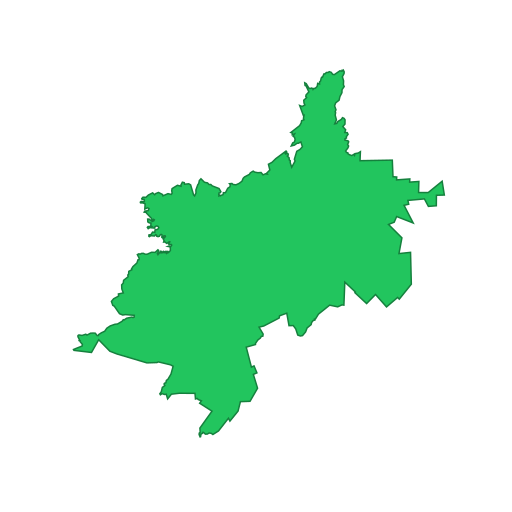 Carichí, Chihuahua, Mexico, rotated 79°
{"feature_id": "50627088B74180919977199", "entity_name": "Carichí", "entity_type": "district", "adm_level": 2, "iso_a3": "MEX", "parent_name": "Mexico", "parent_adm1": "Chihuahua", "projection": "robinson", "projection_center": [-107.184, 27.8], "detail": "fine", "context": "isolated", "style": "filled", "palette": "green", "viewbox_px": 512, "rotation_deg": 79, "n_neighbors": 0, "source": "geoboundaries", "source_scale": "gbopen_adm2", "svg_char_len": 6129}
<svg xmlns="http://www.w3.org/2000/svg" viewBox="0 0 512 512"><g transform="rotate(79 256 256)"><path d="M175.6,350.0L177.4,352.8L176.7,355.7L177.8,357.2L178.5,357.1L179.1,354.9L181.3,355.2L180.5,358.3L181.1,359.3L181.8,359.2L182.4,356.7L183.7,354.9L188.7,356.2L188.0,353.3L189.0,352.0L190.9,353.2L190.7,356.6L191.6,357.4L192.3,355.3L193.1,355.3L199.0,351.5L201.0,351.1L200.4,349.7L201.0,348.9L201.9,349.5L202.3,351.2L199.3,354.0L199.1,355.3L201.9,355.7L203.1,354.5L203.7,352.8L206.2,353.5L206.9,352.8L206.5,356.4L207.2,357.2L208.6,356.6L207.9,354.8L209.3,350.1L208.0,349.7L207.5,347.8L208.3,346.4L209.7,346.0L211.1,347.5L211.1,350.1L213.4,350.8L212.8,353.0L214.9,354.9L214.9,357.1L216.3,357.4L216.7,356.9L216.0,355.4L217.0,351.8L215.8,350.3L216.5,349.6L217.6,349.7L218.3,348.5L218.2,347.1L216.8,345.8L216.8,344.7L217.5,344.2L219.7,344.9L220.5,344.2L218.6,342.6L218.8,341.4L219.6,341.2L221.7,343.8L223.5,343.3L224.7,344.0L224.8,342.8L226.6,341.2L225.4,338.4L225.7,337.9L227.5,339.5L228.0,339.2L228.6,336.8L229.3,336.7L230.4,337.8L229.6,339.5L229.8,340.6L230.4,339.0L231.3,338.5L234.3,339.0L235.8,341.1L234.7,341.6L234.4,343.2L236.1,342.5L236.5,343.3L234.3,344.3L234.4,344.9L235.3,344.9L235.0,346.0L234.0,346.0L234.9,347.5L233.6,347.6L233.0,349.1L233.8,349.6L234.9,348.4L234.3,349.9L236.0,352.0L234.8,352.4L233.6,351.3L231.7,350.7L231.2,351.1L233.2,354.3L232.4,357.8L233.5,362.6L233.0,364.7L231.9,366.0L231.6,368.0L232.1,369.2L231.5,370.6L232.0,372.2L235.9,371.1L237.3,371.6L237.2,372.6L240.1,374.2L242.9,378.8L245.0,380.7L245.8,380.5L246.8,383.8L249.7,384.6L250.2,385.5L251.9,385.4L254.6,390.6L257.3,391.5L258.7,393.4L262.7,394.0L266.9,393.3L267.0,398.3L269.1,398.5L270.8,403.9L273.0,406.6L277.1,406.0L278.2,404.7L286.6,401.0L288.5,398.1L288.6,395.4L291.0,386.8L292.9,387.4L293.0,388.6L292.3,389.4L292.4,394.9L293.6,397.6L293.2,398.4L294.5,399.8L296.3,404.9L296.1,407.6L296.8,412.4L298.4,416.2L301.0,418.9L301.9,422.5L303.1,425.4L304.0,425.9L303.8,427.1L301.1,428.5L300.6,430.4L300.2,433.1L301.4,437.0L300.3,438.0L300.8,441.9L299.7,444.9L300.1,445.9L301.3,446.2L304.3,445.3L305.2,445.8L305.6,444.8L306.5,445.0L309.6,443.3L311.2,443.9L312.9,453.0L313.9,452.7L319.3,435.9L308.2,426.4L321.6,417.6L325.7,411.1L340.1,383.5L341.7,373.5L341.3,372.1L346.5,360.7L348.4,358.4L355.7,362.0L360.2,366.0L361.0,367.7L363.3,368.7L363.4,370.0L364.1,370.7L365.8,370.2L367.1,373.0L371.2,374.9L372.9,376.7L374.0,376.3L373.2,374.5L374.5,372.1L374.5,370.5L379.4,370.0L375.5,365.4L376.1,357.3L379.2,342.1L384.8,342.7L384.6,340.9L385.9,340.1L387.7,337.2L389.8,339.4L399.9,328.8L414.2,343.9L418.3,344.4L419.1,345.6L419.8,345.3L420.4,345.9L422.9,345.4L422.8,344.9L420.4,344.0L419.8,342.3L419.0,342.0L419.1,341.2L421.2,339.7L421.5,337.7L420.8,335.8L421.5,333.8L423.0,332.4L420.6,326.2L410.0,314.0L413.1,313.1L404.8,303.2L396.0,299.1L397.5,289.6L386.1,279.7L371.7,281.2L370.9,277.4L363.5,278.9L364.2,281.7L343.6,283.0L342.8,273.4L341.7,273.2L338.8,270.2L337.4,267.4L335.9,266.1L336.0,264.6L334.0,263.9L326.4,266.6L326.2,261.7L321.3,245.1L319.2,244.3L318.0,236.7L330.7,236.9L331.4,232.7L335.2,230.9L341.6,230.1L343.0,227.7L343.0,225.5L340.0,221.8L336.4,219.6L333.9,215.0L331.9,214.1L330.2,212.1L330.1,210.5L329.1,210.6L329.2,209.7L325.0,205.8L318.3,193.1L321.5,185.5L320.4,181.0L321.0,179.1L298.6,173.8L310.3,165.3L310.9,165.9L323.8,156.5L316.6,146.0L330.9,137.6L323.7,124.9L325.7,123.6L313.3,108.9L281.9,103.6L280.9,115.2L266.0,109.3L250.3,119.9L249.2,113.9L244.1,110.4L253.6,95.4L234.5,101.0L234.3,96.2L230.4,96.3L232.1,79.8L240.2,77.3L241.1,69.4L230.8,67.3L232.1,59.5L218.1,59.0L226.6,74.9L224.7,84.3L213.9,81.9L212.8,91.1L209.7,90.3L208.1,103.5L205.3,102.8L204.3,106.4L187.9,103.9L182.3,135.7L173.5,133.6L174.4,135.9L174.4,139.4L176.0,140.1L174.9,140.6L175.7,142.8L174.3,145.1L173.2,146.2L172.3,146.1L171.6,147.4L170.0,148.0L167.5,145.2L165.7,144.1L164.0,144.8L161.6,143.2L160.5,143.7L159.2,146.6L158.0,146.4L157.4,144.7L156.2,144.6L154.1,142.4L152.3,142.9L151.7,145.3L149.2,143.9L145.5,146.1L143.5,143.5L139.3,142.6L137.7,143.3L136.7,144.7L138.2,146.2L139.6,150.0L141.3,151.5L141.3,153.5L137.7,151.1L132.8,151.4L130.5,150.5L129.6,150.8L127.7,149.6L123.6,150.2L120.9,148.6L118.9,144.7L115.5,143.2L112.1,140.5L109.1,139.8L106.5,137.1L104.6,137.5L100.8,136.6L96.5,137.0L93.8,134.8L92.1,134.3L90.2,134.8L90.7,135.5L90.1,136.0L90.9,136.6L90.2,138.3L92.9,144.5L92.3,146.1L90.1,147.1L89.0,149.0L89.6,149.9L89.3,151.9L90.4,153.6L90.2,154.6L93.2,156.6L92.9,157.0L93.7,158.0L96.5,159.2L97.3,160.4L99.3,160.8L98.3,162.5L101.2,163.6L102.7,165.8L102.5,167.0L103.4,168.2L102.4,168.3L101.7,169.6L102.0,170.1L101.4,172.0L96.4,173.8L95.3,175.1L98.0,175.3L98.6,174.4L105.0,172.8L107.3,176.0L108.8,176.7L110.1,176.1L112.2,179.4L115.0,179.7L117.1,179.2L118.0,182.2L116.6,184.4L127.1,182.7L127.0,182.0L130.0,183.2L131.4,182.9L131.9,185.4L134.1,186.3L136.4,188.4L141.4,198.2L142.0,197.0L143.9,197.3L143.5,194.9L145.5,196.7L146.9,195.5L149.1,195.4L151.4,196.5L152.0,198.4L154.7,200.4L154.5,197.1L153.2,194.2L153.4,192.9L152.6,190.2L157.6,189.6L159.8,192.5L161.0,196.0L168.4,199.9L170.2,199.5L175.7,204.0L170.9,204.6L169.0,204.2L168.2,205.0L165.8,204.8L163.9,206.2L163.0,205.0L161.6,205.1L161.2,205.8L161.5,207.5L160.6,207.8L159.7,206.0L158.7,206.5L164.2,218.0L167.1,222.4L168.3,226.3L174.2,226.0L176.8,229.8L177.7,229.4L177.1,230.9L177.7,233.6L175.0,235.1L174.6,238.3L173.3,241.5L172.2,242.4L172.3,243.2L173.3,245.7L174.6,246.9L176.2,252.2L177.3,253.8L179.9,255.5L181.5,258.7L182.3,262.1L181.4,264.9L180.2,265.8L180.0,268.2L181.1,267.6L183.1,268.4L184.1,270.8L188.0,273.9L187.6,275.9L189.5,276.6L189.9,279.2L190.6,279.0L189.7,279.8L189.9,280.7L189.1,280.3L188.8,280.9L187.1,280.3L187.1,279.1L186.2,278.2L182.7,279.4L178.8,285.6L177.2,286.7L176.8,288.6L175.0,289.6L173.8,292.5L169.7,295.3L171.1,297.2L173.9,298.4L175.0,299.6L179.7,302.4L182.7,302.9L185.3,304.8L184.2,305.6L173.7,306.6L172.3,308.2L171.9,312.4L170.3,312.4L169.5,314.2L171.9,316.1L173.2,316.3L171.6,319.6L173.8,325.5L175.8,326.3L178.3,326.3L179.4,327.4L178.0,330.5L179.2,335.9L177.8,336.0L175.0,339.6L175.6,342.6L176.5,343.8L174.3,345.4L175.6,350.0Z" fill="#22c55e" stroke="#15803d" stroke-width="1.5"/></g></svg>